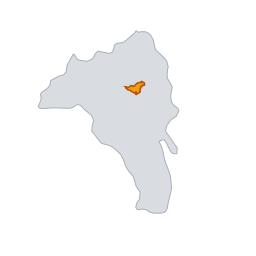 Janico, Santiago, Dominican Republic shown in context, rotated 60°
{"feature_id": "3306468B30631228592753", "entity_name": "Janico", "entity_type": "district", "adm_level": 2, "iso_a3": "DOM", "parent_name": "Dominican Republic", "parent_adm1": "Santiago", "projection": "natural_earth1", "projection_center": [-70.782, 19.24], "detail": "fine", "context": "in_parent", "style": "filled", "palette": "amber", "viewbox_px": 256, "rotation_deg": 60, "n_neighbors": 0, "source": "geoboundaries", "source_scale": "gbopen_adm2", "svg_char_len": 4306}
<svg xmlns="http://www.w3.org/2000/svg" viewBox="0 0 256 256"><g transform="rotate(60 128 128)"><path d="M48.2,171.3L48.5,161.6L49.8,157.7L48.6,153.6L43.0,149.1L39.7,143.5L36.7,138.4L37.4,137.7L43.4,137.5L45.5,135.6L49.5,130.5L50.3,126.3L50.0,123.2L47.4,119.5L46.4,115.5L49.6,112.1L53.9,107.0L54.4,105.1L54.3,103.2L49.4,97.9L49.1,95.6L51.4,89.9L51.2,86.1L48.9,74.2L47.8,72.4L50.0,71.4L51.5,67.9L53.4,64.7L56.0,63.0L58.9,62.0L64.6,62.1L72.6,64.8L74.9,64.8L82.5,62.3L88.9,60.9L94.9,62.5L97.3,64.6L102.2,68.0L104.7,69.0L112.5,69.0L114.7,69.3L121.2,74.9L126.7,77.1L130.0,77.3L135.7,75.1L138.5,75.2L141.8,80.0L142.5,86.9L145.2,93.1L149.4,97.1L170.0,95.4L174.7,98.7L173.1,101.4L170.2,102.9L160.4,102.3L156.1,102.6L155.2,105.3L155.2,107.8L160.9,108.4L166.6,109.7L172.3,111.7L178.2,113.1L184.7,114.0L191.2,115.4L202.0,120.4L214.0,131.6L217.2,134.1L219.3,137.6L218.3,142.0L214.1,149.0L211.7,151.3L208.2,152.7L205.8,155.6L203.4,160.6L202.0,161.0L200.3,160.8L197.5,158.0L195.4,153.7L189.6,149.6L182.8,150.1L172.7,147.7L166.6,148.9L160.5,149.2L154.2,148.0L147.9,147.5L141.7,149.0L135.6,151.6L133.3,153.3L129.4,157.3L127.4,158.8L112.5,160.9L108.3,157.9L104.3,153.9L98.6,153.3L90.4,156.4L85.2,157.6L83.1,158.9L82.5,160.4L82.5,166.1L81.3,169.5L73.2,182.5L68.7,191.7L66.8,194.5L64.6,195.1L60.7,189.9L58.1,187.9L55.0,187.0L53.7,184.2L53.7,180.2L52.9,176.4L51.0,173.3L48.2,171.3Z" fill="#d9dde1" stroke="#a8b0b8" stroke-width="1"/><path d="M100.6,98.1L100.4,98.0L100.3,97.9L100.2,97.9L99.9,97.9L99.8,97.7L99.7,97.6L99.7,97.3L99.8,97.2L99.8,96.9L99.7,96.8L99.7,96.7L99.4,96.7L99.1,96.6L98.9,96.5L98.9,96.4L98.8,96.2L98.7,96.0L98.6,95.9L98.7,95.7L98.7,95.4L98.5,95.2L98.4,95.2L98.5,95.0L98.5,94.9L98.8,94.9L99.0,94.9L99.0,94.7L98.9,94.5L98.9,94.4L98.7,94.3L98.6,94.2L98.4,94.1L98.3,93.9L98.5,93.6L98.7,93.3L98.7,93.2L98.8,92.9L99.0,92.7L99.0,92.3L99.0,92.2L98.9,92.2L98.7,91.9L98.3,91.7L98.2,91.7L97.9,91.5L97.6,91.5L97.1,91.6L96.9,91.6L96.7,91.5L96.6,91.4L96.4,91.5L96.3,91.8L96.2,91.9L96.0,92.0L95.9,92.1L95.7,92.2L95.6,92.4L95.5,92.5L95.4,92.7L95.2,92.7L94.8,92.7L94.7,92.7L94.6,92.8L94.4,92.9L94.4,93.1L94.5,93.3L94.6,93.5L95.0,93.6L95.2,93.9L95.1,94.0L94.9,94.1L94.7,94.2L94.6,94.3L94.6,94.9L94.6,95.0L94.4,95.4L94.3,95.6L94.2,95.7L94.2,95.9L94.1,96.0L94.2,96.4L94.2,96.5L94.0,96.8L93.9,96.9L93.9,97.0L93.7,97.3L93.7,97.5L93.8,97.8L94.0,98.1L94.0,98.4L94.0,98.5L94.0,98.8L94.0,99.0L94.1,99.3L94.2,99.5L94.3,100.0L94.4,100.5L94.5,100.6L94.8,100.9L94.8,101.0L94.9,101.4L94.9,102.0L94.8,102.3L94.6,102.4L94.6,102.5L94.5,102.8L94.4,102.8L94.1,102.7L93.8,102.7L93.7,102.7L93.6,102.8L93.5,103.0L93.4,103.1L93.3,103.3L93.2,103.4L93.2,103.7L93.2,103.8L93.1,104.0L93.1,104.3L93.1,104.6L93.1,104.8L92.9,105.0L92.7,105.1L92.6,105.3L92.7,105.5L92.8,105.7L92.8,105.8L92.9,106.0L93.0,106.2L93.0,106.3L93.1,106.6L93.1,107.2L93.1,107.4L93.1,107.5L92.9,107.7L92.6,108.1L92.4,108.2L92.4,108.3L92.1,108.3L91.8,108.6L91.6,108.7L91.5,108.8L91.4,109.0L91.1,109.4L90.9,109.7L91.2,109.6L91.5,109.7L91.8,109.8L92.1,109.8L92.7,109.8L92.8,109.8L92.9,109.7L93.0,109.3L93.1,109.2L93.4,109.3L93.5,109.3L93.8,109.3L94.0,109.3L94.1,109.2L94.3,109.2L94.4,109.3L94.5,109.3L94.7,109.1L94.8,108.9L95.1,108.6L95.3,108.5L95.4,108.4L95.7,108.1L95.8,108.1L95.9,107.9L96.0,107.9L96.2,107.6L96.3,107.5L96.4,107.2L96.5,107.1L96.8,106.9L97.0,106.9L97.1,107.0L97.3,107.0L97.5,107.0L97.8,107.0L97.9,106.9L98.1,106.7L98.3,106.6L98.5,106.5L98.6,106.4L98.7,106.2L98.8,106.1L99.2,106.0L99.3,106.0L99.4,105.9L99.6,105.7L99.8,105.6L100.0,105.4L100.4,105.3L100.5,105.2L100.8,105.1L100.8,104.9L100.8,104.5L100.8,104.4L100.8,104.2L101.0,103.9L101.1,103.7L100.9,103.4L100.8,103.2L101.0,102.8L101.3,102.8L101.5,103.0L101.6,103.3L101.8,103.4L101.9,103.5L102.0,103.6L102.0,104.0L102.2,104.3L102.3,104.4L102.4,104.5L102.5,104.5L102.7,104.4L102.8,104.3L103.0,104.1L103.2,103.9L103.3,103.8L103.3,103.6L103.0,103.2L102.9,103.1L103.0,102.8L103.0,102.7L102.9,102.6L102.9,102.4L103.0,102.3L103.0,102.2L102.9,102.0L102.9,101.9L103.0,101.8L103.0,101.7L103.0,101.4L103.0,101.2L102.9,101.0L102.9,100.9L103.0,100.8L103.1,100.7L103.0,100.3L102.9,100.3L102.7,100.1L102.8,99.9L102.9,99.7L102.8,99.4L102.6,99.4L102.3,99.2L102.2,99.1L101.9,99.1L101.7,99.0L101.6,98.8L101.4,98.8L101.2,98.7L100.9,98.5L100.8,98.4L100.8,98.2L100.6,98.1Z" fill="#f59e0b" stroke="#b45309" stroke-width="1.5"/></g></svg>